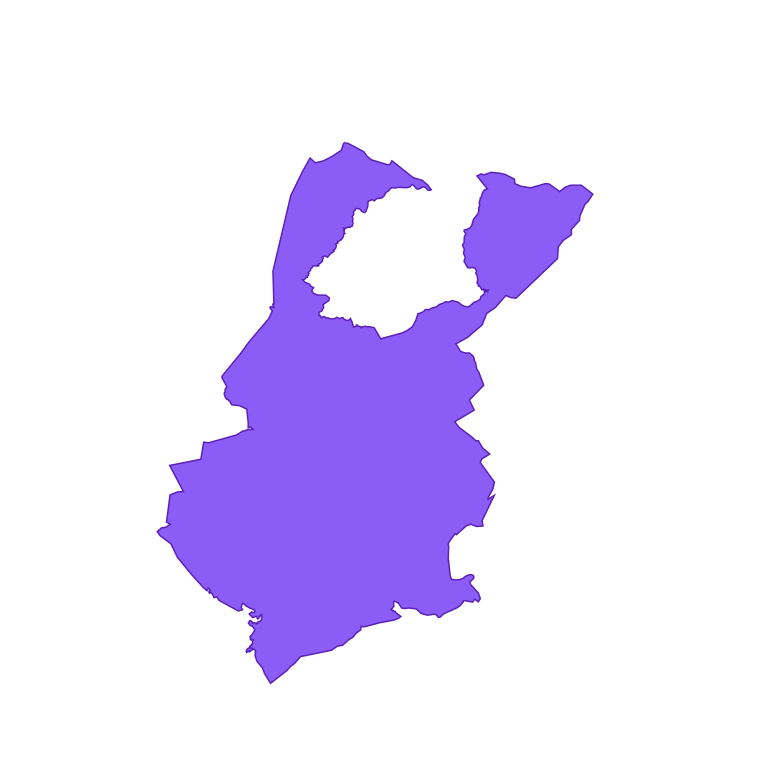 Chilapa de Álvarez, Guerrero, Mexico, rotated 247°
{"feature_id": "50627088B21045528675432", "entity_name": "Chilapa de Álvarez", "entity_type": "district", "adm_level": 2, "iso_a3": "MEX", "parent_name": "Mexico", "parent_adm1": "Guerrero", "projection": "robinson", "projection_center": [-99.099, 17.491], "detail": "fine", "context": "isolated", "style": "filled", "palette": "violet", "viewbox_px": 768, "rotation_deg": 247, "n_neighbors": 0, "source": "geoboundaries", "source_scale": "gbopen_adm2", "svg_char_len": 6171}
<svg xmlns="http://www.w3.org/2000/svg" viewBox="0 0 768 768"><g transform="rotate(247 384 384)"><path d="M400.9,195.3L386.3,186.0L392.8,154.9L363.4,157.3L365.3,152.1L365.6,143.8L341.8,129.8L338.4,132.7L337.4,127.2L338.5,123.0L336.7,117.6L332.0,118.5L320.0,125.5L305.3,126.1L284.5,132.2L266.8,138.3L262.9,140.3L264.9,142.5L263.1,143.3L262.0,143.5L261.8,142.3L261.0,142.4L260.9,141.5L259.5,141.7L259.8,143.4L256.6,144.1L253.9,143.9L253.2,147.0L249.4,147.5L231.9,161.3L231.5,165.7L234.3,165.3L237.3,167.8L237.2,168.6L233.4,170.5L229.4,173.5L228.2,175.2L225.8,176.7L224.4,175.7L224.6,174.4L225.9,173.2L225.0,170.1L220.4,171.8L220.0,175.9L217.1,175.9L217.2,177.2L218.9,178.5L218.5,179.2L219.5,179.7L219.8,180.9L219.2,181.5L214.5,178.9L214.5,178.0L213.7,176.9L214.3,175.9L214.2,174.5L213.2,173.8L213.2,172.8L213.8,173.0L215.5,170.2L215.2,169.5L216.8,169.6L218.5,168.6L218.4,167.4L217.7,167.3L217.1,165.8L214.0,166.5L212.2,168.3L208.2,169.1L205.2,165.2L203.8,161.9L201.3,162.0L201.7,161.5L201.0,161.2L200.0,161.9L199.7,163.5L199.1,162.6L198.3,162.6L195.8,160.7L196.0,160.1L195.2,159.6L195.1,158.0L194.2,157.4L193.2,158.0L193.8,156.8L193.7,155.2L192.8,153.5L191.4,152.6L190.6,152.7L190.8,155.1L190.4,155.2L191.4,156.4L190.2,155.9L190.8,159.3L191.9,159.6L189.0,161.6L184.3,159.2L178.4,158.7L169.9,161.2L164.4,160.9L152.8,162.6L158.2,182.8L160.4,187.2L162.0,193.2L165.7,200.7L159.4,231.7L160.9,238.6L159.7,243.6L162.6,252.5L163.1,256.6L165.3,260.2L166.8,266.5L170.0,268.4L168.3,270.4L165.9,286.9L162.8,300.8L162.7,306.0L163.4,308.7L169.3,305.3L170.3,305.5L171.1,303.7L171.9,304.0L172.8,302.7L174.0,302.3L174.2,303.9L175.5,306.2L179.7,307.7L180.2,308.6L176.7,311.7L170.9,312.7L169.2,315.4L168.2,319.2L164.4,325.8L158.6,328.4L157.4,329.6L154.2,333.7L152.4,340.5L151.3,341.9L147.8,342.9L147.5,345.0L148.7,347.7L149.2,351.3L149.4,363.1L150.2,367.4L152.3,371.7L153.3,372.3L153.3,373.2L148.6,380.4L150.5,383.4L146.7,385.7L148.8,388.8L154.8,389.2L165.2,385.5L168.2,385.6L169.9,390.3L171.0,391.3L172.8,391.4L174.6,389.7L175.3,385.4L174.7,382.0L174.1,381.6L174.4,377.1L175.7,373.2L177.9,369.8L181.3,369.9L198.6,375.1L209.3,380.1L211.5,380.5L212.7,381.5L218.5,390.8L217.0,391.8L221.3,404.4L220.9,409.3L216.7,413.5L214.6,419.6L220.0,421.0L238.4,442.0L237.3,434.8L239.1,435.9L244.8,443.2L250.6,447.3L274.0,441.9L276.8,444.6L278.2,453.9L286.6,449.8L294.9,448.7L295.8,446.4L300.4,444.4L314.6,436.2L321.7,434.3L324.7,456.8L335.9,456.4L343.9,475.3L357.9,475.9L361.6,475.2L367.8,476.6L370.7,476.3L372.2,477.0L375.0,476.9L379.2,474.7L380.8,470.9L384.0,467.2L392.8,465.9L394.3,479.2L400.0,497.3L408.8,506.1L410.9,516.4L417.9,530.8L414.2,534.2L411.4,539.0L431.7,592.7L442.2,598.1L446.1,605.1L448.2,614.9L453.1,616.8L458.1,627.8L462.3,630.1L470.8,639.1L472.3,643.1L477.2,650.4L489.9,643.3L494.1,633.4L494.3,627.4L492.5,620.9L503.6,614.1L505.3,611.4L507.3,595.5L512.8,587.0L517.3,582.8L521.6,584.1L529.5,577.5L533.0,572.6L537.0,565.3L537.5,557.6L539.4,555.6L539.2,550.9L523.2,555.4L523.4,552.2L521.4,549.2L518.2,546.8L517.4,545.0L516.1,544.6L514.2,542.7L510.8,541.8L509.0,539.8L506.1,538.7L504.0,537.0L500.6,530.7L495.4,526.5L494.2,524.3L493.9,520.3L494.4,518.2L493.6,517.4L490.0,518.0L488.4,515.6L482.5,512.8L481.6,511.0L480.6,510.5L476.5,510.6L473.4,508.3L468.8,508.3L465.7,505.6L458.4,506.5L457.4,508.0L457.1,510.1L455.2,513.0L451.4,513.3L450.2,511.7L448.0,512.1L443.5,511.1L440.6,509.1L438.5,509.7L437.2,509.2L436.9,510.3L432.5,510.9L432.4,512.3L431.8,512.4L431.6,513.8L430.1,514.9L429.9,516.4L429.5,515.6L428.5,515.5L430.5,512.6L429.2,512.4L427.4,510.8L426.7,507.4L424.4,505.5L423.8,502.2L424.0,498.6L422.1,493.0L422.3,490.7L425.4,487.0L430.4,484.2L434.2,479.3L434.1,475.5L435.7,472.7L435.3,470.7L435.6,466.0L434.5,462.5L435.2,457.5L434.9,454.2L435.9,452.5L436.2,450.6L435.2,448.9L435.1,444.1L435.6,442.9L430.2,438.2L425.6,432.5L424.2,426.4L423.9,421.0L426.9,398.7L439.7,396.9L442.4,393.0L443.5,390.2L444.4,389.7L445.1,386.6L444.6,385.0L446.0,384.8L447.0,383.1L448.7,382.5L449.0,381.5L448.0,380.9L448.5,378.1L453.3,378.8L457.5,378.7L456.4,376.6L457.4,374.1L459.5,372.5L461.3,372.0L461.7,368.3L463.8,366.7L463.5,364.2L464.7,360.3L466.6,358.6L467.5,356.4L469.2,355.6L469.8,354.4L469.4,352.2L471.9,352.0L472.4,351.1L475.2,352.0L475.7,355.9L477.1,356.6L477.6,358.1L479.7,358.9L480.9,358.8L482.2,365.5L484.5,367.4L488.5,365.1L491.8,357.7L495.0,354.6L498.0,353.8L500.2,356.8L502.8,354.8L505.1,354.5L508.4,351.0L512.0,349.8L511.3,351.6L512.4,354.0L512.2,355.0L513.2,355.4L513.4,356.9L514.5,357.1L515.1,358.2L516.2,357.9L517.4,360.9L518.9,361.6L519.1,363.2L520.3,364.3L519.7,367.2L518.7,368.3L519.3,369.5L518.4,369.5L518.3,370.1L520.0,370.9L519.9,372.2L521.3,375.6L522.7,375.9L523.5,377.2L524.9,376.9L524.9,379.9L522.7,381.5L524.6,385.1L525.7,389.8L526.8,389.6L527.4,392.1L529.9,394.2L531.6,394.2L531.8,396.8L532.9,396.6L533.3,397.2L533.2,399.3L533.9,400.4L533.4,401.1L535.5,404.1L537.7,405.5L537.8,406.8L538.8,406.3L540.2,407.2L541.3,406.8L541.5,408.2L543.3,407.8L542.3,409.9L542.5,411.9L541.6,413.8L541.8,416.6L544.4,418.4L546.8,418.9L547.6,419.8L550.8,420.3L551.2,421.6L552.2,422.5L554.7,423.3L555.0,425.1L555.8,425.4L556.4,427.1L554.6,430.1L551.6,430.9L549.4,432.9L549.8,434.7L553.9,438.5L558.4,440.7L558.3,445.2L556.4,446.6L557.5,449.7L556.1,454.2L556.9,457.3L559.6,460.7L559.9,463.4L561.5,466.6L561.5,468.2L559.9,471.2L559.6,473.6L555.8,481.7L555.4,484.8L556.6,487.8L556.1,488.6L550.9,490.3L550.3,491.1L549.9,492.2L550.2,497.3L548.6,499.0L545.3,500.1L544.3,501.8L544.4,503.4L550.1,502.0L556.7,498.6L562.5,491.5L586.4,478.5L584.1,475.7L584.1,473.4L595.1,460.2L600.4,457.3L605.7,456.2L619.6,444.9L621.3,442.0L621.3,440.9L615.8,436.0L613.8,425.3L613.1,415.0L614.4,407.2L620.9,404.2L611.5,392.1L594.0,371.9L531.3,325.9L500.7,313.9L501.1,313.2L500.4,312.6L497.6,312.5L499.5,309.9L498.9,308.8L495.0,309.8L489.3,303.6L475.5,276.2L467.8,263.3L454.9,238.7L453.5,237.3L443.0,238.3L440.9,235.5L438.9,234.8L437.9,233.2L434.2,232.7L431.3,233.3L430.9,234.2L429.0,234.7L428.6,235.5L426.2,235.3L424.3,235.8L420.4,242.7L414.5,247.8L401.4,243.9L397.1,242.0L396.3,244.8L393.3,245.8L395.4,241.3L395.3,237.2L395.9,235.8L394.7,228.5L398.4,199.7L400.9,195.3Z" fill="#8b5cf6" stroke="#5b21b6" stroke-width="1.5"/></g></svg>